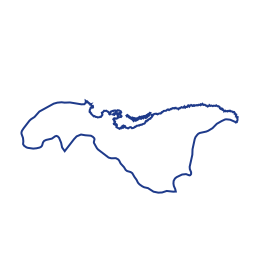 the district of Pueblo Viejo, Azua, Dominican Republic, rotated 217°
{"feature_id": "3306468B59626233413170", "entity_name": "Pueblo Viejo", "entity_type": "district", "adm_level": 2, "iso_a3": "DOM", "parent_name": "Dominican Republic", "parent_adm1": "Azua", "projection": "robinson", "projection_center": [-70.862, 18.341], "detail": "fine", "context": "isolated", "style": "outline", "palette": "blue", "viewbox_px": 256, "rotation_deg": 217, "n_neighbors": 0, "source": "geoboundaries", "source_scale": "gbopen_adm2", "svg_char_len": 5891}
<svg xmlns="http://www.w3.org/2000/svg" viewBox="0 0 256 256"><g transform="rotate(217 128 128)"><path d="M164.6,71.4L164.4,86.6L164.0,90.4L161.6,94.5L157.9,96.4L153.0,99.5L150.8,99.8L148.8,99.5L148.0,98.9L146.8,96.2L146.2,95.6L140.8,93.2L139.1,92.8L125.7,92.7L123.2,93.7L119.5,96.6L117.0,97.0L115.5,96.7L112.5,95.2L107.6,94.3L104.6,93.1L102.8,93.1L99.4,94.4L97.4,94.5L93.4,92.8L90.1,91.8L87.1,90.3L84.9,89.9L81.5,90.0L79.4,90.4L75.9,92.0L69.3,92.5L64.9,94.6L62.0,97.0L59.2,101.0L53.5,104.4L51.6,106.0L53.5,107.6L56.5,109.3L58.3,111.0L59.7,113.2L60.1,115.9L59.6,118.0L56.8,123.4L53.9,126.1L50.5,127.1L49.9,127.8L49.9,129.2L51.0,130.7L53.8,132.3L55.4,134.1L60.5,145.3L63.7,149.9L68.0,159.2L68.6,161.3L68.6,164.1L68.4,165.7L67.7,167.2L63.4,172.2L62.3,174.0L60.4,178.7L59.6,184.8L57.4,189.9L55.6,193.3L54.6,194.2L51.4,196.1L46.4,197.3L45.2,197.3L45.2,198.1L44.8,198.3L45.2,198.8L45.0,199.4L45.4,200.4L46.5,201.7L46.9,201.7L46.9,202.2L47.3,202.2L47.3,202.6L48.5,202.2L48.5,202.6L49.5,203.1L49.5,203.6L50.3,203.6L50.3,203.8L51.1,203.6L51.1,204.0L52.9,204.7L53.7,204.2L53.7,203.8L55.1,203.8L55.7,203.3L56.3,203.3L56.3,203.1L56.9,203.1L57.1,202.6L57.7,202.6L58.1,201.7L58.7,201.5L58.7,201.0L59.5,200.8L59.9,200.4L60.5,200.4L60.5,199.9L61.5,199.7L61.5,199.4L61.9,199.7L63.1,199.4L63.1,199.7L63.6,199.7L63.8,200.1L64.8,200.1L64.8,199.4L65.2,199.0L66.4,199.0L66.6,199.4L67.8,199.7L67.8,199.9L68.8,199.9L69.6,199.2L71.2,199.2L71.4,198.3L73.0,197.4L73.4,196.5L74.8,196.2L75.4,195.3L76.8,195.3L76.6,194.4L77.4,193.0L78.6,193.3L79.0,192.8L80.7,192.8L81.5,191.9L83.1,192.1L83.1,191.0L84.1,190.8L83.9,189.8L85.3,189.4L85.5,188.5L85.9,188.0L86.5,188.0L86.9,187.3L87.3,187.3L88.3,185.7L89.1,186.0L89.5,185.5L89.3,184.8L89.7,184.4L89.9,184.6L91.5,184.4L91.7,183.4L92.1,183.2L91.9,182.1L93.3,182.3L93.3,181.8L93.5,181.8L93.3,180.9L93.7,180.9L93.9,180.0L94.5,179.6L94.5,178.6L95.1,178.4L95.7,178.9L95.7,178.6L96.1,178.6L96.3,177.3L97.9,176.8L98.1,175.7L98.5,175.4L98.5,174.8L98.8,174.8L99.2,174.3L99.2,173.4L99.8,173.6L101.2,172.7L102.0,172.9L102.4,172.0L102.8,172.0L103.0,171.3L104.0,171.1L104.4,170.6L104.4,170.0L104.8,169.7L105.0,168.8L105.4,168.8L106.0,167.0L106.8,167.0L106.8,166.8L107.6,166.5L108.0,164.7L109.8,163.1L110.0,161.7L110.6,161.0L110.6,160.1L110.4,160.1L110.6,159.2L111.2,159.0L112.0,158.1L112.6,156.7L113.6,156.7L113.8,156.2L114.6,156.0L115.6,154.9L115.7,153.7L116.1,153.7L116.9,152.8L116.7,152.4L115.9,152.6L115.6,152.1L115.6,151.2L115.6,150.5L115.9,149.8L115.7,148.9L116.1,148.7L116.5,147.8L116.7,146.2L117.1,146.0L117.1,145.0L117.5,145.0L117.9,144.4L117.9,143.7L117.5,143.2L117.5,141.4L118.5,140.2L118.7,139.3L119.3,138.9L119.5,138.2L120.1,138.0L120.5,136.8L120.9,136.8L121.5,135.7L122.3,135.2L122.7,133.4L123.1,133.4L123.3,132.9L123.5,131.6L124.7,130.2L126.3,130.4L127.1,129.5L127.7,127.7L129.1,127.4L129.7,127.0L130.7,127.0L131.3,127.7L131.9,127.7L132.3,127.2L133.2,127.2L133.6,126.1L132.1,126.3L131.9,125.4L132.3,124.9L133.0,124.9L133.4,124.2L133.4,123.6L134.0,123.6L134.2,122.4L134.6,122.4L134.6,122.2L137.8,121.7L138.2,122.2L138.2,123.1L138.6,123.6L139.0,123.6L139.2,124.0L139.8,124.0L140.0,122.9L141.6,122.6L142.0,122.9L141.8,124.7L142.2,125.4L143.0,125.2L143.2,125.6L145.0,126.1L145.0,127.2L144.6,127.7L144.0,127.7L143.8,128.1L143.2,128.1L142.6,128.8L142.6,129.5L142.2,129.7L142.2,130.2L142.6,130.2L142.8,130.9L142.6,131.1L141.8,130.9L140.8,132.2L140.2,132.5L140.2,133.2L140.6,133.2L140.8,133.8L142.2,133.8L143.0,133.2L143.6,133.2L143.8,132.5L144.4,132.5L144.4,132.2L144.8,132.5L144.8,132.9L145.2,132.9L147.0,131.3L146.8,130.2L148.2,129.7L148.0,131.3L147.0,132.5L145.4,132.9L145.2,133.6L144.4,133.8L143.8,135.0L142.8,135.4L142.8,136.4L143.8,137.0L146.0,136.6L146.4,135.9L147.0,135.9L147.4,135.2L147.4,134.5L147.2,134.5L147.4,133.8L148.8,134.3L149.6,133.6L149.6,133.2L150.0,132.7L150.3,132.7L150.9,132.0L151.1,131.1L151.5,130.9L151.5,129.5L150.5,128.8L150.7,127.9L151.5,127.9L152.3,129.0L153.3,129.0L153.3,128.8L155.7,128.8L156.5,127.9L157.5,127.4L157.5,125.8L157.9,124.9L157.7,124.9L157.7,124.2L157.1,123.6L156.7,123.6L156.3,122.9L156.3,120.6L156.9,120.4L156.9,119.9L158.7,118.1L159.5,118.1L160.5,117.4L161.9,117.4L162.3,116.7L166.1,117.2L166.3,117.6L167.6,117.6L167.6,117.8L168.2,117.8L168.4,118.3L168.8,118.3L169.6,119.9L169.6,121.3L170.0,121.5L170.0,122.2L168.8,123.1L168.4,123.1L168.4,123.6L169.4,124.5L170.0,124.0L172.0,124.2L172.0,124.5L172.2,124.2L172.4,124.5L174.0,124.5L174.0,124.2L175.6,124.5L175.8,124.2L176.2,124.7L176.8,124.7L177.0,124.2L178.1,124.2L177.1,123.1L177.1,120.8L179.4,118.9L189.7,113.5L193.9,110.1L196.5,108.6L199.7,105.7L202.0,102.7L208.7,87.8L209.3,80.5L210.7,76.7L211.1,74.5L211.2,64.9L211.0,62.0L210.5,60.5L209.6,59.3L205.8,56.8L203.6,54.4L202.1,52.0L200.4,51.3L197.4,51.4L196.0,51.9L191.3,54.5L188.9,56.7L186.8,59.2L186.1,60.7L186.0,61.7L186.2,62.7L187.2,65.3L187.2,67.3L186.2,69.2L182.4,73.7L181.2,77.5L180.4,78.6L179.1,79.0L177.2,78.7L172.6,76.0L168.9,72.8L164.6,71.4ZM135.8,136.6L134.6,137.5L133.8,137.0L130.3,137.3L130.3,137.5L127.9,137.0L128.1,138.4L126.7,138.2L126.5,138.6L126.1,138.6L125.9,139.6L125.5,139.8L125.1,140.7L125.1,141.6L124.3,142.5L123.7,142.8L123.7,143.2L124.1,143.2L124.3,143.9L123.9,144.1L123.9,143.4L123.1,143.4L123.3,144.8L122.7,145.5L122.3,145.5L122.3,144.8L121.7,144.8L121.7,146.0L122.1,146.2L122.1,146.6L121.5,146.9L121.3,147.6L121.1,147.6L121.3,146.6L120.9,146.4L119.9,146.6L119.9,147.1L119.3,147.6L119.1,149.6L118.7,150.3L118.7,151.0L119.3,151.4L119.3,152.1L118.9,152.6L119.1,153.5L119.7,153.3L119.7,152.1L120.3,151.4L120.3,149.8L120.5,149.4L120.9,149.4L120.9,148.7L122.7,146.9L122.9,146.2L123.7,145.7L123.7,145.0L124.1,145.0L125.1,143.9L125.5,143.9L125.7,143.0L125.3,143.0L125.3,142.8L125.9,142.5L125.9,142.1L127.3,140.5L127.3,140.0L128.1,140.0L128.1,139.8L129.3,139.6L129.7,139.1L130.7,139.1L131.7,138.0L134.6,138.0L136.4,138.0L136.6,137.0L136.2,137.0L135.8,136.6Z" fill="none" stroke="#1e3a8a" stroke-width="2"/></g></svg>